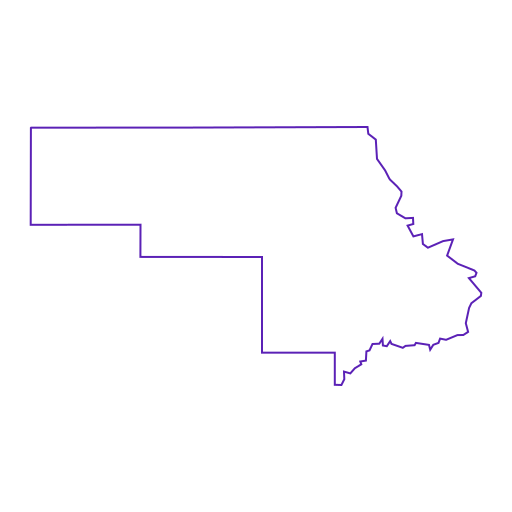 Morton, North Dakota, United States of America (Natural Earth projection)
{"feature_id": "52423323B52264110855151", "entity_name": "Morton", "entity_type": "district", "adm_level": 2, "iso_a3": "USA", "parent_name": "United States of America", "parent_adm1": "North Dakota", "projection": "natural_earth1", "projection_center": [-100.923, 46.634], "detail": "fine", "context": "isolated", "style": "outline", "palette": "violet", "viewbox_px": 512, "rotation_deg": 0, "n_neighbors": 0, "source": "geoboundaries", "source_scale": "gbopen_adm2", "svg_char_len": 1023}
<svg xmlns="http://www.w3.org/2000/svg" viewBox="0 0 512 512"><path d="M30.7,224.8L140.5,224.7L140.4,256.9L262.0,257.0L262.0,352.7L334.8,352.7L334.8,384.8L341.4,385.0L344.3,379.2L344.0,371.6L350.3,373.4L354.9,368.2L361.3,364.3L360.3,361.5L365.9,360.6L366.4,351.4L369.5,350.4L372.5,344.0L379.3,343.7L382.5,338.8L382.9,345.5L386.8,346.2L390.2,341.1L391.5,343.9L402.8,347.8L405.5,345.9L414.6,345.2L415.9,342.9L429.0,344.9L430.2,349.7L433.3,344.8L438.5,342.9L440.1,338.6L446.1,339.8L457.4,335.1L463.3,335.0L468.1,331.9L465.8,323.2L469.1,307.9L471.4,303.2L480.9,295.9L481.3,292.8L468.9,278.1L475.2,276.3L476.5,272.8L474.4,270.5L457.8,263.8L447.1,255.6L453.0,239.4L443.1,241.1L427.9,247.7L422.9,244.0L422.0,234.1L413.4,236.4L407.6,225.6L413.3,224.0L413.0,217.9L405.4,218.3L396.9,213.3L395.6,207.8L401.3,195.8L401.5,191.6L397.1,186.4L390.0,179.6L389.2,178.4L385.1,170.4L377.0,158.9L375.8,139.6L368.3,133.8L367.5,127.0L182.2,127.6L127.4,127.6L31.1,127.7L30.9,127.9L30.7,224.8Z" fill="none" stroke="#5b21b6" stroke-width="2"/></svg>